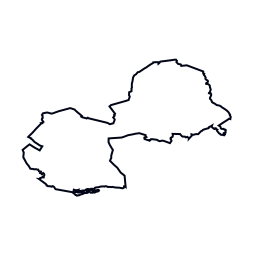 the district of Ņukšu pag., Ludzas, Latvia, rotated 13°
{"feature_id": "27541924B6946008427807", "entity_name": "Ņukšu pag.", "entity_type": "district", "adm_level": 2, "iso_a3": "LVA", "parent_name": "Latvia", "parent_adm1": "Ludzas", "projection": "natural_earth1", "projection_center": [27.716, 56.433], "detail": "fine", "context": "isolated", "style": "outline", "palette": "ink", "viewbox_px": 256, "rotation_deg": 13, "n_neighbors": 0, "source": "geoboundaries", "source_scale": "gbopen_adm2", "svg_char_len": 5789}
<svg xmlns="http://www.w3.org/2000/svg" viewBox="0 0 256 256"><g transform="rotate(13 128 128)"><path d="M42.4,142.9L42.5,143.0L38.6,149.4L36.0,154.1L33.4,158.1L32.8,159.2L36.0,159.9L36.3,160.5L37.4,160.8L38.8,161.8L40.2,162.7L42.8,163.6L45.8,164.8L47.2,165.0L48.6,165.1L47.0,169.7L40.7,167.9L35.8,166.1L34.1,168.1L30.3,173.0L32.0,175.5L32.3,178.3L32.6,180.1L37.2,185.3L39.8,187.3L42.0,189.6L42.7,189.6L44.4,189.3L45.7,189.4L47.8,188.8L49.4,189.0L49.9,188.8L51.0,190.2L53.0,190.1L53.0,190.3L52.6,191.1L52.5,191.6L53.3,191.6L53.9,192.0L54.4,192.5L54.6,192.5L54.7,192.0L55.3,191.0L55.4,190.9L56.3,191.4L56.6,191.6L57.1,192.7L56.9,193.4L56.8,193.8L57.0,195.1L56.6,195.2L56.0,194.7L55.7,194.8L55.6,195.3L54.9,195.9L53.9,196.4L53.7,196.5L53.8,197.0L53.6,197.4L53.3,197.6L52.7,197.7L60.8,201.2L61.3,201.7L61.3,201.9L61.5,202.0L61.9,202.1L61.9,202.4L62.1,202.5L62.4,202.5L63.1,202.7L65.0,202.3L66.7,202.4L67.1,202.2L67.3,201.7L67.9,201.6L69.3,202.1L70.5,203.4L70.9,203.6L71.3,203.9L89.2,203.0L89.1,200.3L90.9,200.4L93.0,199.8L93.5,199.5L93.3,200.2L93.9,200.2L94.2,200.3L95.3,200.2L96.0,200.0L97.9,199.1L99.2,198.8L99.5,198.8L99.3,199.5L98.3,200.4L97.9,200.6L97.5,200.7L96.7,200.8L95.8,201.1L95.2,201.2L94.9,201.5L94.8,201.9L94.1,202.1L91.7,201.9L89.6,203.0L89.1,203.5L89.3,203.7L91.1,204.3L91.9,205.1L92.9,205.0L93.3,205.4L95.5,204.5L95.6,204.2L96.1,204.0L96.8,203.5L96.9,203.2L97.6,203.0L97.7,202.6L98.6,202.6L98.9,202.3L98.9,202.1L100.1,201.3L100.0,201.1L100.4,201.0L100.7,200.9L100.9,201.0L101.2,201.0L101.8,200.7L102.7,200.5L103.2,200.2L103.0,199.8L102.2,199.1L102.2,198.8L103.1,199.4L105.1,198.8L105.4,198.9L106.0,199.4L106.5,199.4L106.9,199.1L108.2,199.0L108.9,198.5L109.6,198.5L110.2,198.3L110.6,198.0L110.6,197.5L110.7,197.3L112.2,197.0L112.9,196.6L113.6,195.9L113.9,195.5L113.8,195.1L114.1,194.9L113.4,195.0L112.2,195.2L111.2,195.8L110.8,196.3L110.5,196.5L108.4,197.2L108.1,197.2L106.8,196.8L105.1,196.7L104.4,197.3L102.3,197.6L101.9,197.8L101.3,198.4L100.8,198.4L100.6,198.2L100.5,197.9L100.7,197.6L101.3,197.4L101.7,196.8L102.5,196.5L103.7,196.3L105.2,196.2L105.5,195.9L105.6,195.6L109.1,194.8L109.0,194.4L109.1,194.0L109.6,193.4L110.0,193.3L110.5,193.0L112.6,192.3L114.8,191.1L117.7,190.3L118.4,190.3L118.5,190.1L119.8,189.6L121.7,190.0L122.9,189.6L124.8,189.4L126.0,188.9L128.0,188.9L128.5,188.8L129.3,188.8L130.0,188.6L131.7,188.4L132.8,188.1L136.1,188.0L137.0,187.6L137.1,187.4L137.3,186.7L137.6,186.6L137.3,185.7L138.1,185.4L138.9,185.8L135.4,175.2L130.9,173.1L126.5,169.1L122.6,167.0L117.8,164.0L118.4,160.8L118.0,159.3L117.9,158.4L118.2,152.8L116.1,150.7L114.0,148.5L112.2,146.1L111.5,142.5L123.7,138.8L125.5,137.8L129.7,135.0L134.1,133.1L136.1,132.1L140.2,130.5L146.7,131.0L146.8,131.8L147.9,132.6L146.1,133.7L146.6,135.0L151.4,135.5L151.2,135.0L152.6,134.6L152.8,133.8L154.4,133.4L159.0,133.0L160.6,133.6L161.9,133.7L164.2,132.6L165.7,132.5L172.3,133.3L173.3,130.6L171.9,129.1L172.2,128.6L171.9,127.9L173.4,126.5L173.4,125.0L172.8,123.7L180.1,122.2L182.3,123.8L183.1,124.1L185.5,123.6L186.6,124.1L187.8,123.3L189.6,124.2L189.7,124.9L190.8,122.9L191.8,121.3L191.3,119.9L192.5,120.0L193.0,120.0L193.7,119.7L195.0,118.9L195.9,118.6L197.8,118.2L199.6,115.1L200.2,114.4L200.8,114.1L201.5,112.9L202.6,112.2L204.8,111.0L206.0,110.2L206.3,110.2L206.8,109.6L206.7,109.0L207.4,108.3L208.1,108.1L208.8,107.2L209.3,106.7L209.2,107.5L209.4,108.0L209.8,108.4L212.1,109.5L212.7,109.5L213.2,109.2L213.3,109.0L213.0,108.7L213.6,108.5L213.9,108.7L214.6,109.4L215.3,109.5L215.0,110.0L215.1,110.4L215.6,110.9L216.7,111.7L217.7,112.6L219.1,113.0L219.6,113.6L220.8,113.6L221.9,113.4L223.3,113.5L223.9,112.5L223.6,112.2L222.9,112.3L222.4,112.1L222.4,111.5L222.7,111.2L223.5,111.1L224.0,110.9L224.1,110.6L224.0,109.8L223.6,109.1L223.6,108.9L223.8,108.5L223.8,108.3L223.5,107.8L223.2,107.7L222.2,107.9L221.4,107.3L219.8,107.8L218.9,107.6L218.5,107.4L218.0,106.3L217.8,106.0L217.1,105.6L215.9,105.2L218.5,102.4L223.4,97.4L224.3,96.3L225.7,96.3L225.5,95.2L225.7,94.2L224.2,92.4L224.4,92.1L223.4,91.0L222.2,89.9L220.4,88.8L218.6,88.0L214.4,86.5L213.2,85.8L211.3,85.6L209.2,85.7L206.7,84.6L205.3,84.4L204.5,84.0L204.2,83.9L204.2,83.7L203.5,83.1L202.9,82.1L201.5,81.2L201.2,80.9L201.1,80.0L201.3,79.1L201.5,78.5L201.6,77.7L201.6,77.3L201.4,76.2L201.0,75.7L200.7,75.7L199.3,76.0L199.0,75.9L199.0,75.6L199.5,75.0L199.7,74.6L199.8,73.3L199.8,72.8L200.0,72.1L199.3,70.7L198.8,70.2L198.3,68.7L198.0,68.2L197.4,67.7L195.7,67.1L195.1,67.1L194.8,67.4L194.3,67.5L194.1,67.3L194.1,66.8L195.3,65.5L195.4,64.5L195.2,64.2L195.0,63.9L192.8,63.1L192.5,62.8L192.3,62.3L192.3,61.3L191.5,60.5L190.9,59.7L190.5,59.6L189.7,58.9L189.8,58.4L190.0,58.0L188.8,57.5L188.6,56.0L171.2,53.7L165.9,55.5L165.4,54.4L165.2,54.2L162.5,54.3L160.6,53.1L160.4,53.0L160.3,52.6L160.6,51.9L160.6,51.6L159.3,50.6L157.4,51.2L153.6,52.7L144.6,56.0L143.8,57.7L143.2,58.5L142.7,57.1L138.8,58.0L138.4,58.4L137.9,58.4L137.9,58.9L135.4,61.3L133.4,63.5L132.1,65.0L131.0,65.9L126.4,70.8L124.9,71.5L123.7,73.9L122.2,75.4L121.6,77.4L121.9,82.4L121.7,83.4L122.1,85.3L122.2,86.0L122.5,87.1L122.7,87.5L122.5,89.0L122.8,89.5L123.1,91.4L121.1,92.9L121.6,95.8L122.6,96.9L122.6,97.5L122.3,100.6L119.4,102.3L106.3,109.5L105.1,111.1L112.2,117.0L111.5,118.4L112.2,119.0L111.8,119.9L111.2,121.0L113.1,122.6L113.2,123.1L112.9,125.2L112.7,126.0L112.7,126.7L109.4,128.4L107.3,127.7L105.9,127.6L87.0,127.4L86.5,127.0L86.3,127.1L85.6,128.0L80.8,127.8L80.0,127.5L80.5,126.8L80.5,126.7L76.6,124.7L76.1,124.5L73.3,123.0L71.7,122.0L68.3,121.7L67.6,121.6L66.9,121.8L56.8,127.2L52.7,129.8L51.2,130.8L49.9,131.2L47.8,131.1L45.6,131.1L41.9,132.8L41.2,134.7L42.1,135.4L42.3,137.0L42.6,137.2L42.6,137.5L42.1,138.5L42.1,139.0L42.5,139.7L43.1,140.1L43.4,140.4L44.2,141.1L43.4,141.9L43.6,142.1L43.6,142.5L43.0,142.8L42.4,142.9Z" fill="none" stroke="#020617" stroke-width="2"/></g></svg>